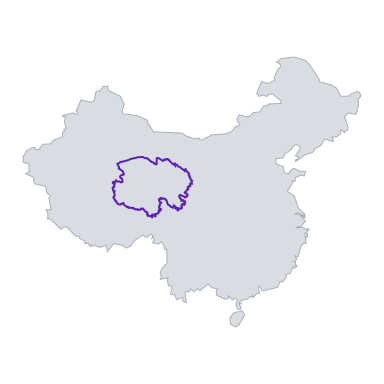 location of Qinghai within China
{"feature_id": "CHN-1151", "entity_name": "Qinghai", "entity_type": "Province", "adm_level": 1, "iso_a3": "CHN", "parent_name": "China", "parent_adm1": "", "projection": "equal_earth", "projection_center": [96.897, 35.43], "detail": "fine", "context": "in_parent", "style": "outline", "palette": "violet", "viewbox_px": 384, "rotation_deg": 0, "n_neighbors": 0, "source": "natural_earth", "source_scale": "10m", "svg_char_len": 9521}
<svg xmlns="http://www.w3.org/2000/svg" viewBox="0 0 384 384"><path d="M225.2,299.3L216.9,295.4L216.1,291.1L217.5,288.8L211.7,287.6L208.1,284.1L199.9,290.7L197.9,288.7L194.0,291.5L190.8,289.0L188.7,292.1L186.1,291.2L185.0,293.1L186.4,302.3L183.4,301.9L182.3,297.3L176.5,299.6L175.0,295.0L170.4,294.0L172.4,287.3L168.4,285.3L167.2,279.4L168.2,277.6L160.4,279.4L161.3,276.7L160.1,273.4L161.9,268.3L167.0,263.3L166.9,249.3L164.8,249.5L163.6,244.7L160.9,241.8L158.8,244.1L152.5,242.5L154.3,239.7L153.5,237.4L151.7,238.4L153.0,235.8L151.1,234.2L147.1,237.5L142.5,235.2L134.2,240.8L130.5,246.3L126.3,248.0L122.1,245.2L113.8,243.5L107.5,251.4L106.0,245.1L99.9,247.4L93.8,245.0L92.5,246.4L90.9,244.9L90.0,246.6L88.2,243.6L84.8,243.3L85.1,241.1L79.6,238.5L78.9,236.0L75.8,236.3L66.9,227.1L63.2,227.0L61.2,229.4L49.8,218.5L47.7,219.3L47.9,214.1L46.1,209.6L51.1,209.8L48.9,197.9L50.5,195.6L46.7,192.8L45.8,186.4L35.1,183.9L33.7,182.0L33.7,177.4L25.5,173.6L30.0,171.7L28.9,170.1L29.1,164.0L23.3,162.4L23.0,156.1L24.7,155.1L25.6,151.6L30.7,148.3L35.0,147.2L35.4,149.6L39.1,149.3L42.9,144.3L49.9,143.9L53.7,140.3L62.4,136.7L62.4,132.2L64.6,130.6L63.9,129.4L66.2,128.5L64.4,121.8L65.5,117.3L62.2,116.1L72.6,112.8L77.0,114.4L77.7,112.2L76.1,111.0L81.0,99.8L90.3,102.3L94.2,100.7L95.9,92.0L100.6,90.5L102.7,86.6L107.7,86.1L108.3,90.3L120.6,96.4L124.2,104.1L122.0,111.5L123.1,113.9L137.6,115.7L147.7,120.4L147.5,122.2L153.4,131.8L182.1,133.1L185.9,135.9L194.7,138.9L199.1,138.0L199.2,139.6L201.9,140.0L211.8,134.9L226.1,133.8L231.9,131.4L235.0,127.2L240.0,124.5L236.7,119.8L239.0,114.8L248.5,117.1L253.4,112.5L259.6,112.0L263.7,106.1L267.9,105.6L268.3,104.0L281.5,103.4L280.2,100.1L272.8,94.2L268.9,94.2L266.9,96.5L263.5,95.0L259.0,96.3L256.7,93.2L261.5,81.6L268.1,83.7L275.0,80.0L274.1,77.7L277.7,69.7L280.7,66.5L279.7,63.4L276.4,62.4L280.7,58.7L293.9,57.0L305.1,60.3L309.6,64.7L319.0,79.0L319.3,81.8L330.2,84.6L336.6,88.2L340.7,96.3L348.7,96.1L351.7,93.4L357.4,91.6L359.6,92.4L361.0,96.1L358.4,99.0L358.4,106.4L355.9,114.3L348.7,112.9L344.5,116.4L348.0,127.0L347.6,130.4L344.2,131.7L345.0,133.1L340.9,129.7L340.5,133.8L336.6,136.8L331.7,137.1L333.6,140.0L333.0,141.6L324.6,139.1L321.3,145.2L315.5,148.5L312.5,152.5L304.7,154.9L295.8,161.5L295.3,160.0L298.5,158.6L299.0,156.5L295.9,156.5L295.7,155.3L300.5,148.2L297.7,144.6L294.0,145.2L290.6,150.2L284.8,153.8L282.9,158.1L276.1,158.4L275.9,163.8L283.5,166.7L284.1,172.1L286.2,173.6L289.0,173.5L291.4,169.5L294.2,168.3L299.6,171.2L305.6,171.6L304.2,176.0L301.7,175.0L295.5,177.5L294.9,181.4L292.2,180.8L292.9,182.5L287.2,191.3L294.1,195.8L298.7,208.5L305.1,214.5L304.8,216.1L297.1,212.9L294.3,214.2L298.4,213.9L305.7,221.2L300.5,226.6L297.8,226.6L296.4,227.8L302.8,227.3L308.0,230.8L304.8,233.9L307.6,233.8L307.5,236.7L304.7,236.7L306.2,238.1L305.2,240.7L306.2,243.5L303.4,243.2L301.1,245.8L297.7,257.0L294.8,255.7L296.8,259.4L294.4,261.7L292.4,261.2L295.4,262.1L295.8,267.2L293.0,266.7L293.8,268.5L291.9,268.7L290.2,273.5L285.3,274.7L286.7,276.6L282.8,282.0L279.9,281.6L277.5,287.4L262.4,291.0L259.2,286.1L258.0,287.6L259.6,293.4L256.8,293.5L253.8,297.1L252.3,295.4L252.1,297.4L249.8,296.5L247.8,298.9L240.4,300.8L238.9,304.0L241.2,307.6L240.3,309.5L237.3,308.9L235.8,304.3L237.4,299.6L235.0,297.8L232.5,300.0L228.2,296.0L228.4,298.3L225.2,299.3ZM242.2,310.8L244.6,314.9L239.0,325.0L235.6,327.0L230.4,324.3L230.0,317.8L233.6,312.9L242.2,310.8ZM305.6,217.8L303.5,217.3L301.4,215.3L303.0,215.7L305.6,217.8ZM309.1,229.2L307.6,229.6L307.1,228.6L309.1,229.2ZM297.0,265.5L296.2,266.8L296.2,265.1L297.0,265.5ZM239.7,303.6L241.2,302.9L241.1,303.9L239.7,303.6Z" fill="#d9dde1" stroke="#a8b0b8" stroke-width="1"/><path d="M133.5,158.3L134.0,158.3L134.6,158.0L135.5,158.0L136.3,157.8L136.9,157.4L137.6,157.3L138.1,157.1L139.1,157.3L140.5,157.0L142.4,157.0L143.3,157.2L143.8,157.7L144.9,158.0L145.4,158.3L146.6,158.2L147.2,158.1L148.0,159.1L148.7,159.4L149.4,160.3L149.9,160.5L150.5,161.1L151.2,161.4L151.4,161.9L151.8,161.9L152.3,162.2L152.8,162.2L154.0,162.9L154.0,163.4L154.2,163.6L155.4,164.1L156.3,164.4L156.5,164.3L156.6,164.1L156.7,162.7L156.5,162.1L156.7,161.8L156.7,161.4L156.7,160.5L156.8,159.4L156.6,158.6L156.9,158.0L157.6,157.9L158.9,158.3L163.0,160.9L164.1,160.0L164.2,159.6L164.4,159.3L164.8,159.4L165.1,159.8L166.0,159.8L166.6,159.4L166.8,158.9L167.1,158.9L167.8,159.2L168.2,159.6L168.8,159.7L168.9,159.8L168.8,160.1L168.9,160.3L171.2,162.5L171.6,163.1L173.0,164.3L174.1,164.6L174.6,164.9L175.1,165.5L175.1,165.3L175.0,164.7L174.8,164.5L174.6,164.0L174.7,163.3L174.9,163.3L176.0,164.6L177.2,164.9L177.4,165.3L177.6,166.1L177.8,166.2L180.2,167.3L181.7,168.6L184.0,170.1L184.5,170.7L184.8,170.0L185.4,169.1L185.6,169.1L185.8,170.0L186.1,170.2L186.2,170.5L186.0,170.9L186.1,171.1L186.7,171.6L187.1,171.6L187.9,172.4L188.3,172.6L189.1,173.4L189.1,173.8L188.8,174.0L188.6,175.0L189.1,175.4L189.3,175.8L189.9,176.3L189.9,176.6L189.4,176.9L189.4,177.2L190.0,177.7L190.3,178.3L190.5,178.5L190.8,179.9L191.2,180.0L192.1,180.7L191.5,181.9L191.9,182.5L191.7,182.9L191.8,183.7L191.0,183.5L190.7,183.5L190.2,183.6L190.1,184.3L190.4,185.3L190.3,186.1L189.3,186.0L189.0,186.2L188.7,186.8L187.9,186.9L187.9,187.4L187.7,187.9L188.1,188.0L188.4,188.6L188.4,188.8L188.1,189.1L187.8,189.7L187.4,189.9L186.7,190.5L186.3,190.6L185.9,191.1L185.7,191.4L185.8,191.8L185.7,192.1L185.4,192.0L184.8,192.5L185.1,193.0L185.3,193.1L185.6,192.8L185.8,192.8L185.9,193.3L186.1,193.6L186.3,193.8L186.7,193.8L187.2,194.1L187.6,195.1L187.4,195.3L187.3,195.7L186.9,195.8L186.7,196.1L186.5,196.5L186.2,196.6L186.1,196.9L185.6,196.8L185.1,197.4L184.8,197.1L184.3,196.9L184.1,196.5L183.8,196.3L182.4,195.9L182.0,195.6L180.8,195.4L180.1,194.9L179.3,195.8L179.2,196.3L179.2,196.7L179.8,197.7L180.2,198.5L180.6,198.9L181.3,199.1L181.5,199.7L181.5,200.7L181.9,200.5L182.4,200.8L182.8,200.8L183.5,200.3L183.9,200.9L184.2,201.8L184.7,201.9L185.1,201.7L185.1,202.1L184.7,202.5L184.5,202.8L184.5,203.3L184.9,203.7L184.4,204.8L184.2,204.9L183.7,204.3L183.2,204.0L182.8,204.4L182.5,204.2L181.7,204.6L181.4,205.5L181.4,206.2L181.5,206.5L182.0,206.9L182.0,207.3L181.7,208.3L181.4,208.4L181.0,208.3L180.6,208.7L180.2,208.8L179.7,208.5L178.7,208.3L178.7,208.7L178.5,209.0L178.5,209.6L178.3,210.2L177.9,210.5L177.5,210.1L177.6,209.8L178.1,209.3L177.7,208.8L177.6,208.3L177.1,207.7L176.2,208.0L176.0,208.7L175.6,208.6L175.4,208.4L175.6,207.8L175.5,207.1L175.0,206.3L174.3,206.2L173.9,205.6L173.7,206.2L173.3,206.4L173.3,207.0L173.1,207.7L172.9,207.8L171.9,207.2L170.5,206.7L170.1,205.8L169.9,205.7L169.3,205.3L168.0,204.6L167.4,203.5L167.4,203.1L167.1,202.0L166.9,201.7L166.7,201.2L166.6,200.6L165.4,199.1L165.1,199.0L164.5,199.2L164.1,198.5L163.0,198.3L162.7,198.3L162.0,198.9L161.3,199.1L161.2,198.3L161.0,197.9L160.7,198.0L160.5,198.5L159.1,199.0L159.0,199.4L159.2,200.0L159.1,200.9L159.3,201.2L159.7,201.4L159.8,202.0L160.0,202.2L160.5,202.3L161.2,202.8L161.0,203.0L160.5,203.2L160.3,203.7L159.8,204.3L159.7,204.9L159.9,205.5L159.8,205.8L159.2,206.2L159.0,206.6L159.1,207.6L159.4,208.2L160.2,208.8L160.5,208.8L160.6,209.1L161.1,209.4L161.0,209.7L160.6,210.2L160.3,209.9L159.0,209.8L158.8,210.5L159.2,210.7L159.1,211.2L159.2,211.5L158.6,211.6L158.3,212.4L158.5,212.9L158.3,213.2L158.0,213.2L157.8,213.6L157.6,213.7L156.9,213.6L156.4,213.8L155.3,214.0L155.6,214.6L155.4,215.1L155.7,215.8L155.5,216.3L155.3,216.3L154.8,215.9L153.7,215.6L153.2,215.2L152.7,214.5L152.1,214.7L151.7,215.4L152.3,216.1L152.2,216.9L152.3,217.2L152.0,217.4L151.9,217.3L151.6,216.7L151.5,216.2L151.3,216.0L150.0,216.0L149.6,216.2L149.3,215.8L148.8,215.6L147.8,215.8L147.4,215.2L147.3,214.6L147.0,214.1L147.2,213.7L147.5,213.6L147.4,213.4L147.5,213.0L147.3,212.5L146.8,212.3L146.6,211.8L145.4,211.7L144.8,211.2L144.7,211.1L144.5,210.1L143.5,209.5L143.3,209.0L142.7,208.4L142.1,208.7L141.5,209.1L141.1,208.9L141.0,209.4L140.1,209.6L139.7,209.9L139.0,209.9L138.6,209.7L138.1,209.8L137.8,209.3L137.4,209.2L136.6,209.3L136.0,209.7L135.7,209.3L135.2,209.2L134.2,208.5L133.3,208.6L133.1,207.9L132.2,208.0L131.5,207.7L131.0,207.9L129.4,207.6L129.1,207.8L128.9,207.7L128.5,207.8L128.3,207.3L128.3,206.9L127.8,206.7L127.3,207.0L127.0,207.0L126.7,206.8L126.1,206.1L125.5,206.0L124.5,205.2L124.1,204.7L123.5,203.7L123.7,203.3L123.5,203.2L122.4,203.2L122.1,203.8L121.5,204.0L120.9,204.0L120.3,204.6L119.9,204.7L119.4,204.6L118.8,204.3L117.9,203.6L117.5,203.6L117.1,203.4L116.6,202.7L116.5,202.2L116.6,201.9L116.4,201.4L116.0,201.1L115.3,200.9L115.2,200.2L114.8,199.9L114.8,199.4L114.0,198.7L113.4,197.5L113.4,197.2L113.5,196.9L114.0,196.8L114.3,196.4L114.7,195.2L114.4,194.8L114.4,193.6L114.3,192.8L114.0,192.3L114.6,191.6L114.7,191.3L114.6,190.9L114.4,190.7L113.2,190.6L113.2,189.6L112.6,188.4L112.8,188.1L112.8,187.4L113.6,187.1L114.3,186.6L114.0,186.1L114.2,185.7L114.2,185.2L114.6,184.3L114.7,183.8L114.5,183.6L113.8,183.7L113.1,183.4L112.8,183.0L112.7,182.5L113.0,182.0L113.6,181.8L114.1,181.8L115.3,181.9L115.7,181.8L115.8,181.6L116.1,180.4L116.5,180.7L116.9,181.4L117.7,181.5L119.6,181.5L120.9,182.4L122.5,181.8L122.6,181.7L122.6,181.3L122.2,180.0L121.9,178.5L121.0,178.2L120.5,177.8L120.2,177.3L120.1,176.4L120.3,176.1L121.0,175.3L122.3,175.1L123.1,174.7L123.7,174.5L123.9,174.1L123.8,173.7L123.4,173.2L123.0,172.4L122.8,171.3L122.6,171.0L121.7,170.6L121.2,170.0L118.8,168.6L118.7,168.3L119.0,167.7L119.0,167.1L117.6,164.6L117.4,163.7L117.7,163.5L118.4,163.5L119.3,163.0L120.2,162.3L120.4,161.9L122.4,161.7L123.5,161.4L124.0,161.4L125.0,160.9L126.0,160.8L128.8,159.9L129.6,159.5L130.3,159.0L131.0,158.9L133.5,158.3Z" fill="none" stroke="#5b21b6" stroke-width="2"/></svg>